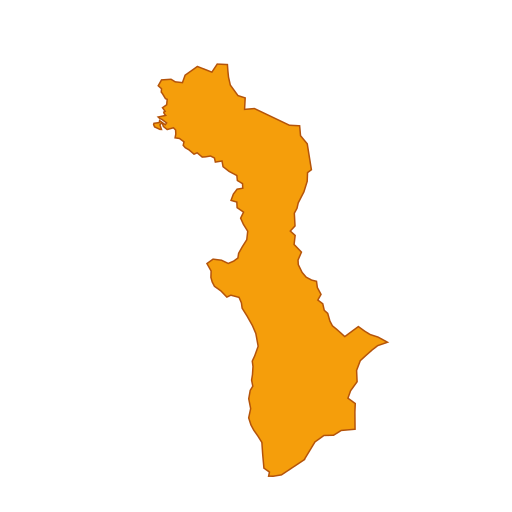 outline of Pigenia, Nicosia, Cyprus, rotated 328°
{"feature_id": "46923920B48562884409952", "entity_name": "Pigenia", "entity_type": "district", "adm_level": 2, "iso_a3": "CYP", "parent_name": "Cyprus", "parent_adm1": "Nicosia", "projection": "natural_earth1", "projection_center": [32.648, 35.156], "detail": "fine", "context": "isolated", "style": "filled", "palette": "amber", "viewbox_px": 512, "rotation_deg": 328, "n_neighbors": 0, "source": "geoboundaries", "source_scale": "gbopen_adm2", "svg_char_len": 2254}
<svg xmlns="http://www.w3.org/2000/svg" viewBox="0 0 512 512"><g transform="rotate(328 256 256)"><path d="M189.4,454.3L189.5,454.0L207.5,444.9L218.5,444.2L226.8,449.1L235.8,449.1L248.2,455.4L257.2,440.7L262.0,433.7L258.6,425.3L264.8,420.4L275.1,416.2L280.7,406.3L289.0,400.0L296.5,398.6L304.8,397.2L311.7,396.5L321.8,398.8L316.5,389.4L311.2,383.1L308.5,377.7L305.4,370.1L299.7,370.5L288.6,371.4L285.5,360.7L283.8,355.7L284.2,350.3L286.4,342.7L285.1,338.2L287.3,331.9L285.1,326.1L290.8,323.0L291.3,315.3L293.9,309.5L290.4,305.9L287.3,300.5L286.4,294.3L287.3,285.7L289.5,281.7L296.6,276.8L294.4,266.4L300.1,259.3L298.3,253.0L305.0,251.2L311.2,240.0L316.0,237.3L320.0,233.3L330.6,227.0L339.0,219.8L343.9,212.6L348.7,212.2L358.9,188.0L357.5,177.6L362.0,168.7L353.6,162.8L332.8,130.1L324.0,125.6L330.6,116.2L325.7,110.4L324.8,97.4L327.5,89.7L330.1,84.4L333.2,78.5L327.9,74.8L324.8,72.7L316.0,76.7L306.7,64.2L291.7,65.1L285.5,70.0L279.8,65.5L277.6,61.1L269.2,56.6L263.3,59.8L264.5,64.1L262.5,66.8L262.7,68.5L262.6,74.6L263.7,76.1L260.4,80.4L255.3,80.7L255.6,85.2L254.0,85.1L253.6,86.5L253.9,88.9L246.7,86.3L247.3,88.5L248.6,90.3L250.7,95.8L248.6,96.6L246.0,90.1L244.7,91.6L239.8,89.4L238.8,90.3L238.4,92.8L241.6,97.7L242.9,98.6L244.0,93.9L246.8,93.0L246.8,94.1L246.1,97.1L247.7,101.7L253.9,103.5L254.6,106.5L252.6,110.1L250.0,112.9L253.4,115.8L255.4,121.0L252.9,123.6L253.4,126.7L255.4,130.4L257.4,136.8L260.8,137.3L262.8,143.6L265.6,145.1L270.4,147.1L272.7,150.8L271.3,154.8L277.5,157.4L275.4,162.8L278.0,170.0L282.4,177.6L280.2,182.1L282.9,187.5L280.7,191.5L275.4,189.3L269.6,191.5L264.3,195.6L268.3,200.1L265.6,205.0L268.7,212.2L263.0,215.8L262.1,222.5L262.1,230.6L256.8,237.3L249.3,240.9L242.7,244.5L239.6,248.1L234.3,248.5L228.5,247.6L224.5,241.3L217.9,235.9L210.4,236.4L210.0,244.9L206.4,250.3L205.1,254.8L204.7,259.7L207.7,266.9L209.5,275.4L213.9,275.9L219.7,282.1L218.8,288.0L216.6,292.9L216.6,302.3L216.1,313.1L214.8,321.6L210.0,333.7L202.0,340.0L197.1,343.2L194.9,348.1L190.1,354.8L186.5,358.9L184.3,364.7L179.9,366.9L174.2,373.2L170.6,382.6L164.0,389.4L162.2,396.6L161.8,402.4L162.2,409.6L162.2,417.2L156.9,427.1L150.3,440.1L152.9,446.4L150.0,449.4L153.9,451.9L161.6,455.1L189.4,454.3Z" fill="#f59e0b" stroke="#b45309" stroke-width="1.5"/></g></svg>